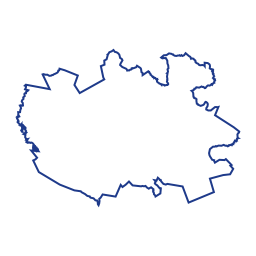 Valle de Zaragoza, Chihuahua, Mexico (orthographic projection), rotated 181°
{"feature_id": "50627088B5175300489414", "entity_name": "Valle de Zaragoza", "entity_type": "district", "adm_level": 2, "iso_a3": "MEX", "parent_name": "Mexico", "parent_adm1": "Chihuahua", "projection": "orthographic", "projection_center": [-105.86, 27.48], "detail": "fine", "context": "isolated", "style": "outline", "palette": "blue", "viewbox_px": 256, "rotation_deg": 181, "n_neighbors": 0, "source": "geoboundaries", "source_scale": "gbopen_adm2", "svg_char_len": 5834}
<svg xmlns="http://www.w3.org/2000/svg" viewBox="0 0 256 256"><g transform="rotate(181 128 128)"><path d="M231.9,168.5L230.7,167.9L230.8,166.6L231.6,164.9L228.4,164.0L229.1,163.2L230.4,162.6L230.6,161.0L231.5,161.0L232.1,160.5L232.2,159.8L231.8,158.1L233.3,156.8L233.0,155.3L234.5,153.7L234.7,152.5L233.7,151.3L233.4,148.6L234.0,148.4L235.6,148.9L236.5,148.6L235.5,146.7L235.3,145.5L235.9,144.7L236.2,142.0L238.1,141.9L237.9,140.9L238.0,139.5L236.9,137.6L237.6,137.3L238.7,137.6L239.3,137.0L238.5,136.5L239.1,135.5L237.7,133.5L237.6,132.9L238.3,132.8L238.5,131.9L236.4,130.0L236.5,129.2L235.3,129.2L234.9,129.7L235.0,129.1L234.1,129.7L233.7,128.7L233.0,129.0L232.4,128.3L232.9,127.9L233.3,128.1L233.9,127.5L233.6,127.0L234.0,126.9L233.8,125.4L234.7,123.6L234.1,123.1L234.2,122.9L233.8,122.3L233.5,122.3L233.4,122.9L233.7,123.8L233.0,125.5L232.6,125.5L232.7,126.1L231.7,127.1L231.5,126.6L230.7,126.8L230.6,126.6L230.9,126.1L230.5,126.1L230.5,125.6L231.1,125.0L230.0,123.4L230.3,123.0L230.2,122.6L229.4,121.8L230.0,121.2L231.6,121.0L231.6,120.6L232.3,120.1L230.4,119.3L230.7,117.1L229.9,115.7L229.3,115.3L229.5,114.9L228.2,115.2L229.4,113.8L229.0,112.9L229.4,112.5L229.2,112.6L229.4,112.2L228.4,111.6L228.2,111.9L227.1,111.6L226.8,112.0L225.3,111.4L224.7,111.8L223.8,111.6L222.8,110.9L221.8,109.6L222.1,109.2L221.9,108.9L222.4,108.6L222.3,108.0L221.7,108.1L222.3,106.9L222.6,106.9L222.5,105.7L221.5,107.3L221.2,106.9L221.4,106.3L221.9,105.9L222.0,105.1L221.1,106.0L221.0,105.3L221.3,104.6L220.8,105.0L220.5,104.5L220.8,105.6L220.7,107.9L220.4,108.1L219.8,107.0L219.3,106.9L219.3,106.1L219.0,106.4L218.6,106.1L219.5,104.1L218.3,105.2L217.7,105.1L217.5,104.3L217.8,104.1L217.7,103.9L218.0,103.3L217.2,103.5L217.0,103.2L224.4,103.8L218.4,96.7L220.0,95.0L222.2,93.9L216.4,82.4L195.2,70.2L180.5,64.7L174.1,63.9L173.3,63.0L169.8,61.2L167.5,59.4L165.0,58.9L164.7,58.1L164.2,57.7L161.2,57.1L159.3,55.1L157.6,55.0L156.9,52.9L156.8,51.3L156.1,50.3L155.5,52.0L155.2,54.5L155.5,56.7L154.1,57.9L152.2,61.1L139.2,59.2L134.3,71.0L132.5,68.9L129.4,71.2L126.1,74.5L122.4,70.7L113.8,69.9L112.7,70.3L110.9,70.0L109.5,70.4L108.1,68.9L106.2,67.7L103.9,69.1L101.5,67.2L101.8,66.3L101.4,66.0L101.4,65.5L101.8,64.7L101.0,63.6L100.9,62.3L99.6,61.0L99.3,60.0L94.5,63.1L94.1,68.3L94.8,68.5L95.3,68.3L97.8,71.2L99.6,72.3L100.2,73.3L99.4,74.8L100.6,76.3L98.5,76.0L97.3,78.8L95.8,77.5L95.2,76.5L94.4,76.6L93.9,75.2L91.6,72.7L89.2,72.1L87.7,72.8L72.4,70.5L66.1,54.5L41.0,65.4L45.2,78.8L32.0,82.6L25.1,83.5L22.1,89.0L25.0,92.1L23.8,92.8L29.6,98.6L30.9,97.6L36.0,97.8L40.5,94.9L41.4,96.7L41.3,97.3L43.3,97.7L45.4,100.9L46.1,102.3L46.5,104.3L45.7,108.3L42.7,110.8L40.7,110.9L39.8,111.5L39.1,111.1L37.2,112.0L34.2,111.9L32.0,112.8L30.4,112.0L29.3,112.1L27.9,111.4L26.9,112.0L27.0,112.5L26.6,112.7L25.3,112.7L24.4,113.3L23.8,112.7L23.1,113.8L22.6,114.2L22.3,114.0L22.2,114.4L22.4,114.6L21.9,115.3L21.4,115.4L21.5,116.0L21.1,116.3L21.0,116.9L20.7,116.7L19.9,117.2L19.5,116.9L19.4,117.4L19.0,117.4L19.3,118.2L18.6,118.8L18.8,119.3L18.3,120.0L17.8,120.0L18.2,120.3L18.5,123.5L17.7,124.8L17.0,125.3L16.7,126.4L22.3,130.6L41.2,142.3L38.0,150.6L39.1,150.3L39.9,150.5L41.4,150.4L45.5,147.0L48.0,146.9L50.1,147.9L50.0,149.4L48.9,151.1L48.6,153.3L49.2,154.5L50.4,155.4L50.8,155.5L51.2,155.2L52.5,152.9L53.3,152.3L55.7,151.4L58.6,152.6L58.7,153.2L59.6,153.5L60.1,156.3L60.0,158.0L60.8,158.7L62.1,159.0L62.4,159.2L62.3,159.7L63.1,160.3L63.4,164.0L64.3,165.8L65.0,166.3L62.9,167.2L62.3,168.5L61.3,168.5L60.4,169.9L57.5,169.6L55.1,170.8L54.3,170.3L53.2,170.4L52.0,169.2L51.3,169.3L49.9,171.1L48.7,172.0L47.1,171.8L45.9,172.5L45.4,173.2L44.6,172.6L44.2,173.3L44.3,173.7L43.8,173.9L43.3,174.5L42.5,174.7L42.7,175.6L42.3,176.1L42.4,177.0L42.0,177.2L42.5,177.8L42.0,177.8L41.9,178.2L42.7,178.4L43.2,179.3L43.8,179.6L43.3,180.3L43.1,181.2L42.8,181.4L44.2,183.7L44.0,184.2L43.7,184.2L44.2,185.2L44.1,185.5L44.6,185.6L45.0,186.3L44.2,186.9L44.6,187.4L44.0,187.5L43.9,187.7L44.1,188.0L46.5,188.5L47.3,189.0L47.1,191.2L47.3,192.4L47.7,193.1L49.4,194.3L52.5,194.6L52.4,191.3L52.7,191.7L54.6,192.3L56.8,192.0L57.9,192.2L58.9,193.4L60.8,194.2L61.8,195.3L61.6,195.8L61.9,196.7L63.4,197.8L63.7,198.4L65.2,198.7L65.5,198.5L66.0,198.9L66.3,198.6L67.0,200.3L68.2,200.9L71.7,203.8L73.2,201.7L74.8,201.0L75.8,201.8L76.6,201.1L77.6,201.6L77.8,201.3L79.3,201.4L80.7,200.9L82.3,201.0L83.8,201.7L84.2,202.3L84.6,202.2L85.8,202.9L88.3,203.3L90.7,201.6L93.5,201.3L96.1,199.0L95.2,198.4L94.4,198.2L93.4,198.7L92.1,198.4L91.5,198.7L89.9,196.1L89.7,193.2L88.9,191.3L88.6,188.4L89.5,187.4L89.0,185.2L89.3,184.1L89.8,183.6L89.4,183.5L89.9,180.0L89.5,178.0L89.7,177.2L89.4,176.7L89.9,175.4L89.5,174.2L88.7,173.4L88.6,172.4L89.3,171.7L90.4,171.7L91.1,171.3L92.0,171.5L92.3,171.2L93.0,171.8L94.3,171.9L94.9,172.3L95.5,172.3L95.5,172.0L96.2,172.7L97.4,172.9L98.1,173.7L99.2,174.2L99.8,175.0L99.9,176.5L99.6,176.8L100.0,177.0L99.9,177.4L100.7,177.2L101.5,178.5L102.2,178.7L102.8,178.3L103.1,179.2L104.0,179.3L104.0,179.8L104.5,179.9L105.9,181.4L106.5,181.7L106.6,182.8L107.6,183.5L107.8,184.5L108.5,184.5L108.8,185.0L114.3,181.1L114.4,183.3L115.5,184.1L116.0,187.2L116.6,188.2L120.1,190.4L120.9,188.9L123.7,187.8L124.4,188.0L125.2,187.8L125.1,187.2L125.9,186.5L126.6,186.5L128.0,185.5L128.6,185.7L129.8,185.4L130.2,186.5L130.9,187.2L134.8,188.9L137.0,190.9L136.6,192.2L134.7,195.6L135.5,197.0L137.1,197.9L137.9,201.0L139.0,202.4L140.7,203.5L142.5,203.9L143.9,205.7L145.6,204.4L148.0,203.4L148.9,201.8L149.8,201.0L149.5,200.6L150.6,196.3L152.9,195.0L152.6,190.9L156.2,189.4L153.6,178.1L152.6,176.2L176.9,162.1L182.3,170.1L179.1,179.6L192.2,184.6L197.5,186.1L197.8,184.4L198.7,184.2L199.1,182.7L199.5,182.2L201.8,180.9L202.6,180.7L204.1,179.6L204.7,179.7L205.8,179.0L207.6,178.8L209.6,179.9L211.3,179.8L213.5,180.4L214.3,180.1L207.0,165.5L230.9,169.5L231.9,168.5Z" fill="none" stroke="#1e3a8a" stroke-width="2"/></g></svg>